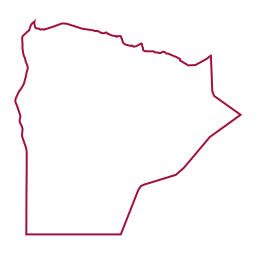 SVG path tracing the border of Matruh
{"feature_id": "EGY-1540", "entity_name": "Matruh", "entity_type": "Governorate", "adm_level": 1, "iso_a3": "EGY", "parent_name": "Egypt", "parent_adm1": "", "projection": "equal_earth", "projection_center": [26.768, 29.661], "detail": "fine", "context": "isolated", "style": "outline", "palette": "rose", "viewbox_px": 256, "rotation_deg": 0, "n_neighbors": 0, "source": "natural_earth", "source_scale": "10m", "svg_char_len": 2094}
<svg xmlns="http://www.w3.org/2000/svg" viewBox="0 0 256 256"><path d="M26.4,211.3L26.5,190.0L26.7,168.7L26.7,159.7L26.7,153.1L26.5,150.0L25.8,147.1L22.5,137.7L22.1,135.9L22.1,133.8L22.5,130.0L22.5,128.7L21.9,126.5L19.9,122.4L19.6,120.2L20.3,117.4L20.4,116.4L20.2,115.2L16.8,105.2L15.7,102.8L15.4,101.7L15.4,99.6L16.0,97.8L17.7,94.3L18.4,92.5L18.8,91.8L19.9,90.2L21.1,88.8L23.4,84.7L24.2,82.9L24.6,81.1L24.8,80.0L26.0,76.3L26.4,73.4L26.9,71.3L27.5,69.5L27.8,67.7L27.3,65.5L25.6,61.3L25.1,58.6L23.7,55.3L23.4,54.2L22.5,48.5L22.5,44.2L22.2,39.8L22.2,37.8L22.7,36.1L29.2,30.1L30.7,25.6L31.8,23.8L34.3,21.6L34.2,22.0L34.7,25.4L35.1,27.1L35.8,28.2L36.7,28.4L38.7,28.6L40.2,29.5L41.0,29.5L42.9,29.2L43.2,29.3L43.7,29.6L44.2,29.7L44.9,29.2L45.9,28.9L47.0,28.7L53.5,26.6L60.9,23.8L62.7,23.4L66.6,23.7L82.3,28.7L93.7,30.4L94.4,30.8L95.0,31.1L97.0,30.9L97.8,31.0L100.6,32.6L102.2,33.2L104.1,33.2L105.5,32.6L106.2,32.5L106.9,33.0L107.4,33.6L107.8,33.8L108.2,33.8L108.6,33.9L109.7,34.6L112.2,35.6L114.9,35.9L115.9,36.3L116.6,36.8L116.8,36.6L117.2,36.3L117.3,36.1L117.8,36.2L120.3,36.1L120.6,36.2L120.9,36.4L121.2,36.8L121.1,37.0L121.2,37.5L121.5,38.2L121.6,38.5L121.8,38.6L122.0,38.8L122.0,39.6L122.1,39.9L122.4,40.5L122.8,42.1L123.2,42.8L124.2,43.7L125.3,44.5L126.6,44.9L129.0,45.4L130.0,45.8L130.9,46.0L131.8,45.5L133.8,46.7L136.2,46.2L140.8,43.7L141.4,43.5L141.9,43.9L142.1,44.7L142.1,45.7L142.2,46.1L143.0,48.0L143.1,49.8L143.2,50.2L144.4,51.0L146.3,51.3L153.5,51.3L153.9,51.5L154.3,51.8L154.6,52.1L154.9,52.4L155.4,52.5L156.6,52.4L157.5,52.5L159.2,53.0L160.0,53.1L160.8,52.9L162.5,51.9L163.4,51.7L164.2,51.8L164.9,52.2L165.5,52.7L166.0,53.3L166.4,53.5L167.8,53.5L168.3,53.6L168.7,53.8L169.4,54.2L176.5,57.1L177.9,58.0L178.7,58.4L179.6,58.6L179.9,58.9L180.2,60.3L180.3,60.8L180.6,61.0L181.3,61.2L188.3,65.4L194.7,65.1L195.9,64.8L201.3,61.8L207.1,58.6L209.2,56.7L210.9,55.8L212.3,91.4L214.2,96.0L240.6,114.8L209.8,137.0L184.0,167.7L175.9,174.8L144.1,184.6L141.1,186.0L139.2,188.5L138.1,190.5L120.8,234.4L27.0,234.4L26.3,234.4L26.4,215.5L26.4,211.3Z" fill="none" stroke="#9f1239" stroke-width="2"/></svg>